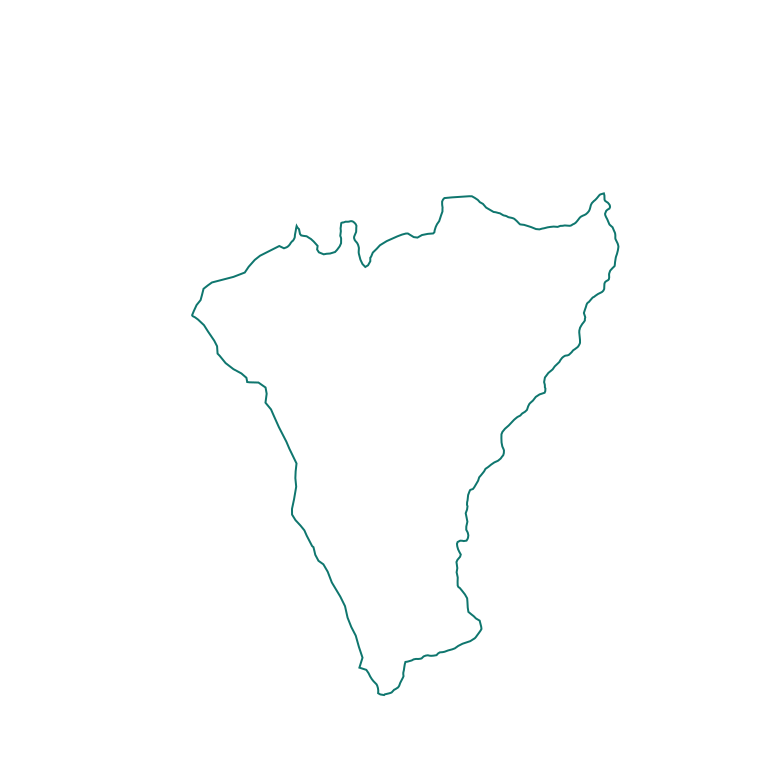 Bjena, Wangdi Phodrang, Bhutan, rotated 119°
{"feature_id": "84629894B58732287515502", "entity_name": "Bjena", "entity_type": "district", "adm_level": 2, "iso_a3": "BTN", "parent_name": "Bhutan", "parent_adm1": "Wangdi Phodrang", "projection": "robinson", "projection_center": [90.021, 27.463], "detail": "fine", "context": "isolated", "style": "outline", "palette": "teal", "viewbox_px": 768, "rotation_deg": 119, "n_neighbors": 0, "source": "geoboundaries", "source_scale": "gbopen_adm2", "svg_char_len": 6166}
<svg xmlns="http://www.w3.org/2000/svg" viewBox="0 0 768 768"><g transform="rotate(119 384 384)"><path d="M448.6,504.6L447.7,502.4L443.6,494.5L444.5,485.9L449.4,481.9L457.8,478.6L461.0,470.5L465.2,465.0L472.7,455.0L481.8,441.4L486.4,435.5L495.9,422.0L503.3,418.9L509.3,415.9L516.4,411.0L522.4,408.9L528.4,406.8L537.9,403.9L542.8,401.1L546.0,395.4L548.3,388.4L550.6,382.7L554.1,378.1L560.6,368.3L560.9,366.6L563.6,364.1L566.7,361.3L570.4,355.6L571.1,349.6L575.5,342.2L582.9,333.4L591.1,319.2L597.2,310.4L606.0,302.6L612.4,294.8L617.8,286.7L626.0,278.6L633.8,270.1L644.0,268.0L642.6,260.9L644.4,257.3L646.5,254.3L648.0,251.6L649.0,249.2L650.3,244.9L651.2,243.6L653.0,241.8L654.9,240.4L657.3,239.2L657.3,236.7L656.0,233.1L655.0,232.8L654.3,232.0L652.2,229.7L651.2,228.7L650.1,227.8L646.5,226.9L645.4,226.1L642.6,224.6L640.7,224.4L637.6,224.9L635.0,225.0L631.5,225.1L630.0,225.3L629.0,226.1L627.3,227.1L624.6,227.9L622.0,228.9L618.9,230.0L616.7,230.5L615.4,228.8L612.3,225.7L610.5,224.6L608.9,222.7L608.0,220.9L606.9,219.3L605.8,218.1L603.1,217.3L601.3,215.8L600.0,214.1L599.6,212.6L598.9,211.0L597.6,209.0L595.7,206.6L593.5,206.1L591.7,205.1L590.9,203.9L590.0,202.6L588.8,201.2L587.4,200.0L586.0,198.8L583.0,195.7L580.9,193.9L577.1,192.1L573.1,189.4L571.9,188.3L567.1,183.9L562.3,181.3L561.1,181.0L559.6,180.8L557.9,180.6L554.7,180.2L552.8,180.0L551.0,180.0L549.3,181.2L544.6,185.6L544.5,189.9L543.6,192.9L543.1,196.0L542.4,199.7L538.9,202.4L534.1,205.4L531.1,207.4L528.8,211.2L527.1,215.2L525.7,218.7L525.5,220.5L524.6,221.8L521.4,223.7L517.5,225.7L514.6,228.2L513.5,229.2L509.5,230.6L507.1,232.4L504.6,234.3L502.1,234.5L498.2,233.7L495.9,234.2L494.6,236.3L492.7,239.0L490.5,241.2L488.4,242.7L486.5,243.0L484.1,241.4L483.2,239.6L482.7,238.1L481.0,235.9L479.0,235.8L477.7,236.0L475.4,236.9L473.3,238.8L471.6,241.4L468.8,242.9L464.0,244.3L460.9,246.9L457.4,249.9L453.5,250.5L450.4,251.7L449.5,252.8L447.1,254.0L445.3,254.5L443.4,255.3L440.3,256.6L436.2,257.2L434.8,257.2L432.7,255.3L430.6,255.0L427.3,254.9L422.9,254.8L419.5,255.5L416.6,254.9L413.1,254.3L411.9,254.1L409.0,254.1L406.0,252.6L402.5,251.2L399.1,249.5L395.9,247.1L392.6,245.8L390.6,245.6L388.5,245.2L386.3,245.7L383.9,246.9L383.0,247.9L381.3,250.2L378.2,252.8L374.4,255.1L371.0,256.9L368.4,257.2L364.5,256.5L359.8,254.8L352.3,252.9L350.7,252.3L348.2,251.3L345.5,249.5L342.9,248.9L339.9,247.2L337.3,246.4L333.6,247.1L330.9,247.2L329.4,246.8L326.3,245.7L321.7,245.0L317.7,242.9L313.8,239.3L312.0,239.5L309.6,240.7L309.0,241.6L306.8,242.9L304.7,244.9L300.3,246.4L294.6,245.6L289.5,243.6L285.8,243.2L282.3,242.1L279.7,241.3L277.6,241.3L274.8,240.9L273.2,240.3L271.6,239.4L270.8,238.5L270.1,237.5L269.0,236.5L266.9,235.8L265.2,235.3L262.8,234.9L260.9,233.9L257.7,232.5L256.2,232.3L254.5,232.3L253.0,232.5L250.5,233.9L244.3,238.2L242.5,239.1L241.2,239.4L239.8,239.8L237.7,239.8L235.4,239.7L233.2,239.3L231.1,239.1L229.6,239.9L228.1,240.3L225.0,243.6L221.5,244.3L218.6,244.8L216.4,245.3L215.0,245.4L213.9,245.1L213.0,244.6L209.5,243.9L207.2,243.4L205.7,242.4L204.6,242.0L201.6,240.5L198.4,238.3L197.5,237.8L196.0,237.4L194.1,237.5L191.1,239.0L190.1,239.5L189.2,239.9L187.7,240.0L186.3,239.5L184.6,238.4L183.5,238.1L181.6,238.7L179.2,240.2L178.2,240.6L176.6,240.9L175.1,241.1L171.7,240.3L169.2,239.5L168.1,239.8L165.4,241.0L161.0,242.6L159.7,242.9L157.3,243.3L153.9,244.2L152.7,244.6L150.3,245.5L149.2,246.4L147.9,247.7L145.1,251.7L144.3,252.4L141.7,253.8L140.1,255.0L139.2,256.1L138.4,257.2L136.1,260.1L135.8,261.6L135.2,264.1L134.3,265.3L133.2,266.7L131.7,268.6L130.2,270.9L128.9,272.5L127.9,273.2L124.8,273.6L123.1,273.0L121.3,271.9L119.6,272.1L118.2,273.2L117.5,274.5L116.9,276.1L116.8,278.0L116.5,279.7L115.7,280.6L112.3,282.6L110.7,284.1L112.2,285.6L113.3,286.7L114.5,287.2L118.4,287.9L120.7,288.5L122.4,289.2L125.1,289.9L127.3,289.8L129.9,289.1L131.7,288.7L133.4,288.6L135.6,289.0L137.8,289.8L139.4,290.9L140.5,291.8L142.2,292.9L143.6,293.4L145.6,293.7L146.9,293.9L148.1,294.1L150.2,294.6L151.9,295.5L152.9,296.3L154.5,297.1L155.5,298.1L156.0,299.1L157.7,302.8L159.0,304.4L160.2,306.4L162.4,308.3L164.1,312.0L166.0,314.7L167.7,316.9L170.1,319.4L171.4,321.0L173.4,323.0L174.8,326.2L175.4,331.2L175.9,333.8L176.9,338.6L178.4,342.3L178.2,343.4L177.1,346.9L176.4,350.0L176.4,351.0L176.8,352.9L177.8,356.1L177.8,358.2L178.0,359.4L178.4,360.5L178.6,361.7L178.5,365.4L178.9,366.6L179.6,369.5L180.4,371.6L180.2,380.2L178.5,384.8L178.5,388.3L177.5,391.2L177.2,394.9L177.2,398.1L178.4,400.4L188.0,415.3L192.1,421.3L194.1,421.8L196.3,421.6L199.1,420.0L201.3,418.3L202.6,417.7L204.8,416.5L209.1,415.8L211.6,415.3L214.8,414.7L218.5,415.1L221.6,414.9L225.0,414.2L226.9,413.5L228.5,414.0L231.4,418.4L235.3,423.0L239.7,425.7L241.1,429.2L240.8,436.1L241.8,437.8L244.6,440.7L248.4,443.9L257.7,450.9L264.6,454.8L269.2,455.9L274.5,457.5L278.9,457.0L280.2,457.2L283.3,455.5L287.9,455.5L290.7,457.1L289.5,461.0L286.7,464.9L282.3,469.1L281.1,470.0L277.2,471.9L276.1,472.9L274.9,474.1L273.9,475.5L273.3,476.8L273.0,477.8L272.2,479.5L270.8,481.0L269.7,481.5L268.4,481.7L264.5,482.1L262.3,483.2L260.8,484.0L259.0,484.8L257.9,486.3L257.4,487.7L257.1,488.9L257.0,490.2L257.3,491.3L258.0,492.4L259.0,493.4L259.8,494.6L260.6,496.2L262.4,497.8L263.0,498.8L264.0,499.4L265.7,498.7L266.7,498.3L267.6,497.9L268.8,497.5L271.3,495.8L275.6,494.1L276.8,492.7L277.6,492.0L281.7,489.8L285.1,489.5L289.5,490.1L292.3,490.8L296.0,494.4L297.9,497.3L299.8,499.6L300.4,504.8L298.8,507.7L295.4,509.0L293.5,514.5L292.6,518.2L292.5,520.7L292.3,523.3L293.5,526.3L294.2,528.5L293.5,530.2L289.8,533.4L289.2,535.4L288.2,537.0L290.6,536.3L292.7,535.5L296.1,534.4L297.2,534.0L298.2,533.5L299.3,533.1L300.5,533.0L301.6,533.0L302.8,533.1L303.9,533.6L305.0,533.8L306.2,534.0L307.3,534.0L308.5,534.2L309.6,534.5L310.7,534.9L311.7,535.5L313.8,537.3L314.1,542.5L316.6,544.2L331.9,554.6L338.1,557.2L347.1,559.2L354.0,559.8L359.0,564.0L363.3,567.6L378.6,583.7L383.0,585.8L388.2,588.0L394.2,586.4L399.5,585.1L405.8,586.2L412.5,585.7L416.8,585.2L417.4,584.3L417.3,581.6L417.8,577.8L419.8,570.0L423.5,563.2L428.4,553.5L431.9,548.3L438.1,544.3L439.0,541.4L442.5,532.7L444.0,522.9L443.9,513.8L445.3,507.3L448.6,504.6Z" fill="none" stroke="#0f766e" stroke-width="2"/></g></svg>